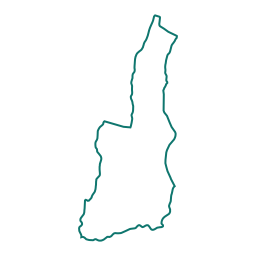 El Asintal, Retalhuleu, Guatemala (Natural Earth projection)
{"feature_id": "79465075B44377460468141", "entity_name": "El Asintal", "entity_type": "district", "adm_level": 2, "iso_a3": "GTM", "parent_name": "Guatemala", "parent_adm1": "Retalhuleu", "projection": "natural_earth1", "projection_center": [-91.754, 14.589], "detail": "fine", "context": "isolated", "style": "outline", "palette": "teal", "viewbox_px": 256, "rotation_deg": 0, "n_neighbors": 0, "source": "geoboundaries", "source_scale": "gbopen_adm2", "svg_char_len": 4838}
<svg xmlns="http://www.w3.org/2000/svg" viewBox="0 0 256 256"><path d="M99.6,168.5L99.6,169.7L99.8,172.1L99.9,173.3L99.9,174.4L99.8,175.1L99.5,175.7L99.1,176.2L98.3,177.0L97.5,177.9L96.6,178.9L96.3,179.6L96.3,180.3L96.2,180.9L96.1,181.6L96.0,184.8L95.8,186.2L95.7,187.5L95.6,188.3L95.5,189.2L95.1,190.6L94.9,191.4L94.6,192.0L94.2,192.6L93.7,193.3L92.9,194.4L92.3,195.4L91.8,196.5L91.6,197.5L91.1,198.2L90.6,198.8L89.7,199.7L88.9,200.6L87.8,200.8L87.1,200.4L86.3,200.0L85.8,199.8L85.0,200.4L84.9,202.6L84.6,208.5L84.4,210.3L84.3,212.0L84.2,212.7L84.0,213.3L83.7,214.3L83.1,215.1L82.6,215.7L82.2,216.3L81.2,217.6L80.7,218.4L80.4,219.2L80.4,220.0L80.4,220.7L80.9,221.5L81.4,222.0L81.8,222.6L82.0,223.3L82.1,224.1L81.8,224.9L81.3,225.5L80.8,226.0L80.2,226.4L79.7,226.8L79.3,227.4L79.1,228.3L79.3,230.9L79.7,231.8L80.1,232.6L81.0,234.4L81.3,235.3L81.4,236.5L81.3,237.2L82.3,236.9L83.2,237.0L83.7,237.2L84.6,237.7L86.2,239.2L87.1,239.5L87.9,239.7L89.1,240.0L90.6,240.1L92.6,240.2L93.5,240.1L94.2,239.6L94.9,239.3L95.5,239.2L96.1,239.3L96.7,239.6L97.2,239.9L97.7,240.1L98.4,240.4L99.2,240.6L99.8,240.6L100.5,240.6L101.1,240.6L101.7,240.4L102.4,240.2L103.7,239.6L105.8,238.0L106.7,237.3L107.2,236.9L108.1,236.8L109.3,237.0L110.5,236.6L111.0,236.3L111.7,235.7L112.8,234.4L114.2,233.3L114.8,233.2L115.5,233.1L117.3,233.3L119.8,233.2L120.5,233.1L121.4,232.9L124.3,231.6L126.3,230.7L129.7,229.1L130.3,228.9L131.7,228.7L134.9,228.3L135.9,227.8L136.3,227.3L137.3,226.2L138.0,225.6L138.8,225.2L139.6,225.2L140.6,225.8L141.2,226.3L141.8,226.8L142.7,227.1L143.5,226.8L144.2,226.5L145.1,225.9L145.9,225.5L146.9,225.2L148.0,225.3L148.7,225.9L149.2,226.5L149.7,227.2L150.6,228.6L151.3,229.4L152.2,229.8L153.0,229.8L153.8,229.6L154.9,229.1L156.2,228.3L157.2,227.7L158.1,227.5L159.1,227.4L159.9,227.2L160.9,227.2L161.9,227.0L162.9,226.4L163.0,225.3L162.4,224.6L161.9,224.1L161.5,223.5L161.5,222.9L161.6,222.0L161.7,221.4L161.9,220.7L162.2,219.9L162.6,219.1L163.1,218.3L163.6,217.8L164.5,216.9L166.4,215.6L168.7,214.1L169.4,213.4L170.1,211.8L170.1,211.1L170.1,209.9L170.1,209.3L169.8,208.6L169.6,208.1L169.1,206.6L169.1,205.6L169.4,204.7L169.8,203.5L170.4,202.2L170.8,200.9L170.8,200.2L170.9,199.2L171.1,196.6L171.3,195.1L171.7,194.0L172.0,192.8L172.4,190.9L172.6,189.8L172.8,189.0L173.4,187.6L174.2,186.6L174.7,186.2L171.0,179.1L170.5,177.7L167.5,171.1L166.4,167.2L165.4,163.2L165.5,159.8L166.3,152.4L167.0,150.1L169.5,144.8L174.1,139.4L174.9,137.7L175.4,136.2L175.6,134.7L175.6,133.4L175.1,132.0L171.6,127.0L169.6,122.4L167.0,115.9L164.3,112.5L163.6,110.6L163.8,94.3L163.3,90.5L164.1,88.7L164.3,87.9L164.7,87.4L165.1,86.7L165.8,85.4L166.0,84.6L166.3,84.0L166.8,83.5L167.3,82.9L167.2,81.9L166.5,81.0L166.3,80.4L166.3,79.6L166.6,76.9L166.6,76.0L166.2,75.0L165.8,74.3L165.3,73.3L165.2,72.1L165.4,71.1L165.4,70.1L165.4,69.2L165.3,68.6L165.2,67.9L165.2,67.1L165.2,66.3L165.3,65.4L165.4,64.6L165.7,63.3L166.1,60.3L167.2,56.1L167.4,55.4L167.8,54.6L168.2,54.1L168.7,53.7L169.2,53.2L169.6,52.5L170.0,51.7L170.6,49.4L171.0,47.8L171.5,45.8L171.9,44.9L172.3,44.3L173.7,42.5L174.8,40.9L175.3,39.7L175.8,38.9L176.2,38.4L176.6,38.0L176.9,36.7L176.8,35.9L168.3,31.8L164.0,28.7L160.0,26.2L159.5,25.5L159.3,24.3L159.3,23.5L159.5,22.2L160.0,17.7L159.8,17.0L159.3,16.7L155.1,15.4L154.1,16.4L153.6,18.4L153.1,20.5L152.4,22.3L151.0,25.4L150.0,27.7L149.5,29.2L149.1,30.4L148.9,31.2L148.4,33.2L148.1,34.3L147.8,35.5L147.0,37.7L146.4,39.2L145.9,40.2L145.3,41.1L144.6,42.1L144.2,43.0L143.9,43.7L143.6,45.0L143.2,46.2L143.0,47.1L142.5,48.0L142.1,48.7L141.5,49.6L140.9,50.2L139.4,51.3L137.9,52.6L137.2,53.3L136.8,53.9L136.3,54.8L136.0,55.7L135.5,56.9L135.3,58.0L135.1,58.9L135.0,59.8L134.8,62.5L134.7,64.1L134.6,65.2L134.5,67.2L134.5,68.3L134.7,69.0L134.7,70.4L134.6,71.2L134.3,72.0L133.6,72.9L132.8,74.1L132.6,75.0L132.5,75.7L132.5,76.4L132.5,77.4L132.4,78.5L132.1,79.2L131.6,81.0L131.4,81.7L131.3,82.4L131.3,83.4L131.6,84.3L131.9,85.2L132.1,86.0L132.0,88.9L132.0,90.0L132.2,92.3L132.1,93.8L131.9,94.6L131.4,95.4L131.1,95.9L130.8,96.7L130.9,97.9L131.2,99.1L131.8,100.3L132.2,101.4L132.4,102.1L132.6,103.6L132.8,104.6L133.1,105.6L133.2,106.5L133.1,110.1L132.9,111.6L132.6,112.7L132.1,113.6L131.8,114.3L131.5,115.1L131.9,117.0L132.1,117.7L132.2,118.3L132.2,119.2L131.6,122.8L130.8,126.3L130.4,127.4L123.5,126.8L104.5,121.3L103.9,121.8L103.4,122.8L103.3,123.5L103.1,124.2L102.3,125.1L100.1,126.9L99.2,128.1L98.8,128.8L98.3,129.8L97.8,131.0L97.7,133.1L97.6,135.5L97.4,138.4L97.0,139.5L96.7,140.2L96.3,140.8L95.7,141.9L95.4,143.1L95.4,144.9L95.5,146.1L95.6,147.0L95.8,147.6L96.3,148.3L96.8,148.9L97.0,149.7L97.1,150.4L97.1,151.2L97.6,152.3L98.1,152.8L98.7,153.5L99.7,154.8L100.4,155.7L100.8,156.3L101.0,156.9L101.3,158.0L101.3,159.1L101.1,160.1L100.7,161.4L100.3,162.7L100.0,163.5L99.9,164.2L99.8,165.0L99.8,165.8L99.6,166.7L99.6,168.5Z" fill="none" stroke="#0f766e" stroke-width="2"/></svg>